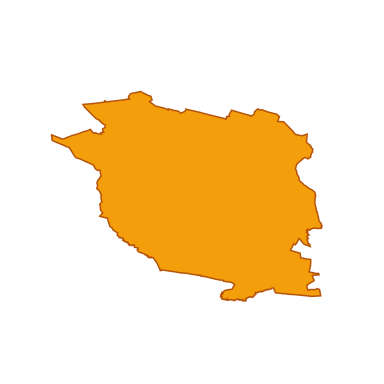 outline of Vecpils pag., Durbes, Latvia, rotated 14°
{"feature_id": "27541924B81448674487737", "entity_name": "Vecpils pag.", "entity_type": "district", "adm_level": 2, "iso_a3": "LVA", "parent_name": "Latvia", "parent_adm1": "Durbes", "projection": "natural_earth1", "projection_center": [21.536, 56.615], "detail": "fine", "context": "isolated", "style": "filled", "palette": "amber", "viewbox_px": 384, "rotation_deg": 14, "n_neighbors": 0, "source": "geoboundaries", "source_scale": "gbopen_adm2", "svg_char_len": 6061}
<svg xmlns="http://www.w3.org/2000/svg" viewBox="0 0 384 384"><g transform="rotate(14 192 192)"><path d="M268.3,285.1L269.3,285.0L270.4,284.7L270.5,283.1L270.0,283.3L270.0,282.7L271.4,281.2L271.9,281.1L272.3,280.2L273.3,280.1L274.7,279.3L275.4,279.7L275.9,279.6L277.1,278.8L277.0,278.2L277.2,277.9L277.3,277.1L277.7,276.5L278.2,276.4L278.2,275.9L278.7,275.5L277.8,274.3L280.5,273.5L280.4,273.1L281.1,272.9L282.1,272.0L283.0,272.1L282.9,271.7L284.7,271.6L285.4,270.5L286.3,270.1L286.1,270.0L287.6,269.0L288.5,268.8L288.7,268.4L288.7,268.2L290.0,268.3L290.6,267.7L291.1,267.7L291.5,267.1L292.2,266.9L292.9,265.8L294.3,265.5L297.4,269.6L304.8,268.7L307.0,268.1L310.5,267.9L316.7,266.7L333.8,264.2L342.0,261.6L339.3,255.7L336.4,255.6L335.5,256.9L331.1,257.8L328.2,259.3L327.2,257.3L326.9,257.1L326.1,254.7L327.8,252.6L331.8,248.7L331.7,247.8L330.5,246.7L329.0,243.8L335.4,241.5L334.3,240.4L332.6,240.9L329.2,241.3L329.2,241.0L324.9,241.2L324.9,236.4L325.0,236.2L324.3,231.9L323.5,228.7L319.3,229.3L315.3,229.4L313.5,229.6L311.7,225.2L301.6,224.9L303.4,217.6L305.0,218.2L305.9,216.3L307.1,211.2L313.5,215.6L319.9,216.3L319.4,215.6L319.4,214.9L318.2,214.0L316.9,214.2L316.7,212.3L315.6,211.3L315.1,210.4L315.9,209.5L316.0,208.7L314.2,207.6L314.9,206.1L316.0,205.4L315.1,204.8L314.9,205.1L314.6,204.4L314.2,204.2L314.4,203.8L313.9,203.5L313.1,203.5L313.4,202.9L313.1,202.8L313.1,202.5L313.6,202.1L313.2,201.8L313.5,201.6L312.5,201.3L313.0,200.9L313.0,200.3L313.2,200.1L314.1,200.0L315.3,200.4L315.2,200.0L315.9,199.8L316.8,199.2L317.8,198.0L320.4,197.3L323.1,196.9L326.2,196.0L326.5,195.2L325.6,194.0L326.4,193.4L326.3,193.2L325.4,192.4L325.2,191.7L322.1,189.1L321.2,186.9L318.7,182.2L318.4,181.1L317.2,180.2L317.1,179.5L316.6,178.5L316.1,177.0L315.0,175.5L313.9,173.0L313.1,169.2L312.9,166.2L312.3,164.5L312.4,164.2L312.0,163.9L311.1,162.6L310.3,162.0L307.8,160.9L306.1,160.6L303.4,159.7L301.9,158.8L299.0,158.1L297.5,157.0L296.7,156.8L295.4,155.9L294.2,155.4L293.4,154.8L292.5,152.6L291.6,151.2L289.8,149.5L288.2,146.1L287.1,144.9L286.8,144.3L286.9,140.0L288.6,137.0L292.1,132.3L292.7,131.7L294.0,131.0L296.4,131.9L298.0,130.1L298.7,129.6L298.4,128.2L298.6,125.3L299.2,124.3L298.9,124.2L299.1,123.1L298.5,120.7L296.6,120.1L296.4,118.8L296.0,118.4L291.1,116.3L289.7,108.0L285.1,110.9L278.5,111.1L276.9,110.1L275.5,108.8L264.0,101.7L263.0,101.8L258.2,102.9L257.9,102.7L258.3,102.4L258.4,99.0L258.7,97.8L255.9,96.2L255.0,96.0L245.5,96.0L244.4,95.6L242.7,95.8L241.5,95.3L239.6,95.4L238.8,95.8L237.6,96.0L235.8,95.4L233.2,99.1L233.5,100.7L233.3,101.4L232.7,102.4L231.1,104.1L230.9,103.7L226.2,103.7L210.5,103.1L209.6,106.8L209.4,108.8L210.0,109.7L207.4,110.3L207.3,112.4L207.5,112.9L189.2,113.0L181.0,112.8L166.0,113.1L166.1,114.1L165.4,115.7L162.2,118.1L161.4,118.3L159.9,117.1L158.4,116.9L154.3,117.2L148.9,117.0L149.0,118.2L145.6,117.4L135.7,117.4L128.9,114.6L131.0,112.4L129.0,109.1L124.8,108.7L123.3,108.1L120.8,107.9L118.1,106.9L108.5,111.5L107.3,114.7L107.7,115.3L107.7,116.3L108.8,116.9L105.0,118.3L104.5,118.7L86.5,125.5L85.6,124.4L85.1,124.7L85.1,126.1L74.4,130.2L65.0,133.4L67.3,135.7L81.1,144.0L84.4,144.6L85.6,145.3L85.4,145.4L89.3,147.5L91.8,148.1L91.9,150.7L90.2,152.1L90.0,152.6L90.6,154.0L91.9,155.5L89.2,156.4L89.0,156.9L89.9,157.7L86.7,158.4L84.5,157.9L83.4,158.1L83.2,158.7L82.9,158.7L81.6,158.5L78.3,155.8L74.7,158.5L73.3,159.1L67.5,163.0L60.8,167.0L53.8,172.0L42.0,170.5L42.5,172.3L42.9,172.8L43.0,173.5L43.5,174.0L43.5,175.4L44.2,175.7L45.4,176.1L62.3,178.7L68.9,185.1L70.2,186.2L71.3,186.8L75.8,187.1L89.3,189.6L90.7,190.6L92.2,192.4L93.2,193.2L95.4,193.8L97.6,193.2L98.9,196.6L99.9,198.3L98.9,201.2L98.2,202.2L97.6,205.2L97.6,206.4L98.9,208.5L98.8,211.8L101.7,213.2L105.1,217.3L104.6,218.3L105.6,220.4L105.9,221.8L107.1,223.1L105.9,225.1L105.4,226.3L106.7,228.7L107.4,231.1L107.9,231.9L110.0,233.5L110.4,234.0L108.8,236.8L108.4,237.9L116.5,237.9L116.5,238.3L118.8,242.3L120.8,245.4L123.4,246.4L124.3,247.4L124.5,247.9L129.7,249.8L129.9,251.6L129.8,251.9L131.9,253.1L132.3,253.9L132.7,253.9L133.4,253.4L133.6,253.7L134.2,253.8L134.9,253.3L135.4,253.4L135.7,253.9L136.8,254.0L136.4,254.5L136.6,255.2L136.9,255.3L136.7,255.5L137.1,255.6L137.3,255.9L137.6,255.9L137.6,255.6L137.8,255.6L138.1,256.0L138.5,255.8L139.0,256.4L139.3,256.4L139.2,256.2L139.5,256.1L139.9,256.5L140.5,256.7L140.9,256.3L141.1,256.5L141.7,256.4L142.3,256.8L142.1,256.9L142.3,257.4L142.9,257.6L143.0,258.0L143.3,258.1L143.8,257.8L144.2,258.3L144.1,258.7L144.5,258.7L145.1,258.7L145.5,258.5L146.6,258.5L147.3,258.2L147.5,257.9L147.3,257.8L147.5,257.6L147.8,257.4L149.0,257.5L149.4,259.5L153.5,259.4L153.7,259.8L152.8,261.6L154.6,263.0L161.1,263.7L161.5,264.2L162.1,264.0L162.8,264.5L163.7,264.1L164.6,264.6L164.4,265.2L165.3,265.1L165.3,265.8L165.9,265.7L166.1,266.1L166.3,266.0L166.2,265.7L166.7,265.8L167.0,265.5L167.4,265.9L167.8,265.9L167.7,265.5L168.2,265.0L169.6,265.3L169.8,265.1L170.4,265.2L170.8,265.6L171.2,265.6L172.0,266.9L174.6,268.8L175.6,269.9L179.4,274.6L180.0,275.9L181.0,275.7L180.8,275.1L182.5,274.8L196.0,273.5L199.9,273.3L203.9,272.6L209.4,271.9L211.3,272.0L213.6,271.6L218.6,271.3L218.5,271.0L220.4,270.7L220.7,271.4L226.6,270.9L235.7,270.9L241.1,270.6L242.9,270.1L244.1,271.0L251.6,270.1L255.7,271.2L254.5,276.5L248.2,279.3L247.4,279.9L246.7,280.9L246.4,282.1L245.3,282.0L245.2,282.3L245.5,282.7L246.5,283.2L246.3,283.7L245.3,283.9L244.9,284.2L245.6,284.5L245.1,285.0L245.1,285.4L246.0,286.1L245.0,286.4L245.0,286.6L246.2,287.4L246.1,287.7L246.5,288.3L247.0,288.1L247.3,288.2L247.3,288.5L248.1,288.4L248.5,288.7L249.1,288.6L249.4,288.1L250.0,288.4L250.3,288.2L250.6,288.4L250.8,288.1L251.3,288.4L251.5,288.3L251.3,288.0L252.2,287.7L252.2,287.4L252.5,287.9L252.4,288.1L252.8,288.5L253.5,288.2L253.4,287.9L253.1,287.8L254.5,287.6L255.5,287.0L257.2,287.2L258.9,286.8L259.2,287.1L260.6,286.2L260.9,285.6L262.2,285.1L262.8,285.2L262.7,284.8L264.1,285.2L264.1,284.9L265.4,284.9L265.1,284.7L265.3,284.6L265.6,285.0L266.6,284.7L266.4,285.0L267.2,285.3L267.5,285.3L267.8,285.0L267.7,284.8L268.3,285.1Z" fill="#f59e0b" stroke="#b45309" stroke-width="1.5"/></g></svg>